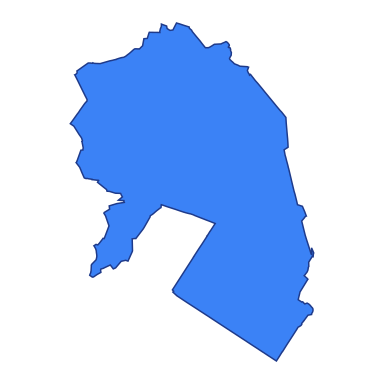 outline of Dzelzavas pag., Madona, Latvia
{"feature_id": "27541924B55159579541929", "entity_name": "Dzelzavas pag.", "entity_type": "district", "adm_level": 2, "iso_a3": "LVA", "parent_name": "Latvia", "parent_adm1": "Madona", "projection": "mercator", "projection_center": [26.465, 56.987], "detail": "fine", "context": "isolated", "style": "filled", "palette": "blue", "viewbox_px": 384, "rotation_deg": 0, "n_neighbors": 0, "source": "geoboundaries", "source_scale": "gbopen_adm2", "svg_char_len": 5400}
<svg xmlns="http://www.w3.org/2000/svg" viewBox="0 0 384 384"><path d="M313.7,252.9L312.8,250.7L311.8,248.4L311.6,248.4L311.6,254.4L311.1,254.0L310.0,250.3L307.2,241.6L306.7,240.1L306.3,238.8L305.2,235.2L303.9,230.0L301.7,221.0L304.5,217.7L304.6,217.3L306.1,216.0L306.3,216.0L304.7,211.7L302.4,206.3L297.5,204.7L296.6,200.8L295.0,194.3L294.1,191.4L291.4,180.2L291.3,179.7L289.0,170.0L288.7,168.8L288.5,168.1L288.3,167.4L288.0,166.0L287.3,163.3L286.6,160.8L286.0,158.3L285.8,157.5L285.4,156.1L285.1,155.2L284.6,152.4L284.1,149.8L288.1,147.2L287.9,142.9L287.6,138.8L287.6,138.7L287.1,133.3L286.5,126.2L286.2,122.7L285.9,117.4L285.3,116.7L283.9,114.9L281.5,111.9L280.3,110.7L276.1,105.7L274.9,104.2L265.1,92.3L264.6,91.7L264.3,91.3L262.2,88.7L257.9,83.5L255.4,80.7L253.7,78.5L250.5,74.4L249.9,74.8L249.5,75.1L249.4,74.7L249.2,74.0L248.5,73.2L247.8,71.7L247.6,71.2L247.4,70.7L247.4,70.4L248.6,67.2L247.6,66.8L247.3,66.7L239.9,66.2L238.0,65.2L234.4,63.8L233.3,62.7L232.5,61.9L232.4,61.9L232.2,61.7L231.2,60.8L230.3,59.9L229.8,59.4L229.6,59.0L229.5,58.8L229.6,58.3L229.7,57.9L230.6,56.3L231.2,55.2L231.3,53.4L231.4,52.6L230.7,50.9L230.5,50.4L230.6,50.0L230.6,49.5L230.5,49.4L230.5,49.2L230.4,48.9L230.4,48.5L230.2,48.1L230.0,47.8L229.9,47.7L229.6,47.5L228.8,47.6L228.6,47.5L228.4,47.4L228.3,47.1L228.4,46.9L228.7,46.4L228.9,46.2L229.0,46.0L229.0,45.8L229.1,45.7L229.2,45.3L229.3,45.3L229.3,45.2L229.2,44.7L229.0,44.4L228.6,43.9L227.4,42.4L226.0,41.6L224.4,42.4L223.1,42.9L221.4,43.7L221.1,43.9L214.3,44.3L211.7,46.0L209.6,47.2L208.4,47.7L205.4,47.7L205.2,47.5L204.8,47.0L201.9,43.4L200.1,41.0L196.9,37.2L193.1,32.6L192.3,31.6L191.6,30.2L189.4,28.3L189.2,27.0L184.1,25.4L179.3,23.8L176.5,23.0L175.5,24.9L172.9,30.0L170.0,30.4L168.1,29.2L167.1,28.5L166.6,26.0L163.2,24.8L161.4,24.1L161.4,25.3L161.3,26.6L160.5,28.5L160.3,28.9L160.1,30.2L159.8,31.2L159.8,31.6L159.9,32.5L156.8,32.4L154.3,32.4L149.3,32.3L149.0,32.9L148.1,35.8L147.3,38.4L143.9,38.7L142.8,44.7L142.6,45.8L140.7,47.6L139.5,48.9L137.1,48.9L136.2,48.8L135.7,48.8L134.7,48.9L133.9,49.4L133.5,49.7L130.4,52.5L129.1,53.6L127.9,54.5L127.5,54.8L125.6,56.3L123.7,57.3L121.6,57.6L119.1,58.3L116.1,59.3L116.1,59.5L114.3,59.8L112.5,60.3L109.6,60.9L100.2,63.6L99.8,63.6L94.5,63.4L94.1,63.3L93.0,62.9L93.0,63.0L92.8,63.2L92.6,63.3L90.0,63.0L88.2,63.0L83.8,66.1L76.9,71.0L77.1,71.7L77.1,72.3L77.1,72.8L76.8,73.3L76.1,74.0L75.2,74.9L74.8,74.9L76.6,78.4L77.9,81.0L79.3,83.9L85.5,96.5L85.7,96.8L87.1,99.6L87.0,100.3L86.9,101.2L86.3,101.8L86.0,102.1L85.8,102.2L84.3,104.1L81.4,108.2L80.3,109.7L78.5,112.5L77.6,113.6L72.3,121.0L70.3,123.7L73.5,125.9L73.9,126.2L74.2,126.7L79.2,134.6L80.5,136.4L81.6,138.1L81.8,138.8L82.1,139.6L82.1,139.8L82.4,140.3L82.4,140.9L82.1,141.2L81.8,141.4L81.8,141.5L82.0,141.7L83.2,147.8L82.9,149.5L82.9,150.0L80.9,150.2L77.0,161.1L76.9,161.1L76.3,162.6L76.5,163.0L76.4,163.0L79.7,167.3L81.1,170.6L81.5,171.7L84.2,177.8L84.4,178.0L85.3,178.3L85.8,178.5L86.1,178.6L86.4,178.6L86.7,178.5L86.9,178.4L87.8,178.6L88.7,178.8L90.1,179.0L92.1,179.3L92.2,179.7L92.4,179.6L94.4,179.9L97.0,180.2L98.4,180.3L98.6,180.4L97.5,182.3L103.2,186.9L106.6,189.6L107.0,191.2L109.5,191.4L115.4,193.2L120.6,193.4L121.5,195.4L122.4,196.9L118.4,200.2L121.5,200.5L123.9,200.6L123.9,201.5L124.3,202.4L116.8,203.6L109.2,205.9L109.6,209.2L104.2,212.5L103.9,213.2L105.5,215.8L109.0,225.9L104.5,237.8L104.1,238.6L103.1,238.3L102.0,239.8L99.2,243.4L98.5,244.1L97.8,244.9L96.0,244.4L93.9,245.8L94.3,246.3L94.8,247.2L95.5,248.5L95.8,249.2L96.3,251.0L96.3,251.8L96.7,254.5L96.8,255.6L96.8,256.8L96.6,257.7L96.2,259.6L95.8,260.1L91.8,264.2L91.3,265.1L91.3,266.5L91.1,270.0L91.1,270.7L90.9,271.5L90.8,272.3L90.7,272.6L90.6,273.0L90.3,273.7L90.0,274.3L89.7,275.3L92.3,277.1L93.4,277.0L93.9,276.7L97.1,274.5L100.9,272.4L100.6,270.1L100.8,269.1L102.0,268.7L103.4,268.3L104.7,267.6L110.3,265.0L112.6,268.0L113.3,268.9L115.6,267.9L121.2,261.3L125.7,260.3L128.0,261.1L132.1,252.0L132.4,251.2L132.5,250.7L132.2,238.8L132.5,238.8L135.8,238.4L135.9,238.5L139.7,233.5L143.3,228.8L144.9,226.1L150.0,217.1L150.3,215.7L152.4,214.4L153.0,213.9L153.6,213.5L154.4,212.7L155.7,211.6L156.6,210.8L160.9,207.5L161.0,207.5L161.3,204.7L163.8,205.5L166.9,206.6L175.9,209.5L178.2,210.3L183.6,212.1L186.0,212.8L188.7,213.5L190.0,213.8L190.1,213.7L193.3,214.8L194.7,215.5L207.0,220.3L208.4,220.8L215.2,223.5L210.0,231.5L209.9,231.5L207.9,234.8L207.0,235.9L207.2,236.0L202.1,243.9L199.0,248.5L193.7,256.7L193.8,256.7L172.4,289.9L173.3,290.8L173.7,291.2L172.9,292.1L176.9,295.8L187.3,302.7L198.9,310.2L199.0,310.3L204.1,313.6L276.4,361.0L279.6,356.0L282.2,351.8L282.4,351.8L286.8,344.8L295.1,332.0L297.0,329.0L297.3,328.6L297.3,328.4L298.1,327.2L298.5,326.9L299.3,326.6L299.8,326.2L300.1,326.1L300.3,325.9L300.8,325.6L301.2,325.2L301.5,324.8L301.8,324.3L301.7,323.9L301.7,323.7L301.8,323.3L303.9,320.8L303.8,320.7L304.3,320.2L307.9,315.3L308.0,315.2L311.6,314.5L311.6,313.8L311.9,313.2L312.7,311.8L313.0,310.5L313.0,309.5L312.9,308.8L312.7,308.4L312.5,308.0L311.3,306.7L310.2,305.3L309.4,304.6L308.9,304.1L307.1,303.1L304.9,303.9L304.7,303.9L302.7,301.8L301.7,302.0L298.2,299.7L298.9,296.6L299.2,295.4L299.6,293.8L300.0,292.0L301.6,289.4L307.8,279.3L307.9,279.2L307.4,278.7L307.2,278.4L304.2,275.7L304.5,275.4L307.1,272.0L307.8,270.4L308.1,269.0L308.3,267.3L308.4,267.2L308.8,266.5L308.7,262.2L312.1,256.7L313.1,256.8L313.5,253.0L313.7,252.9Z" fill="#3b82f6" stroke="#1e3a8a" stroke-width="1.5"/></svg>